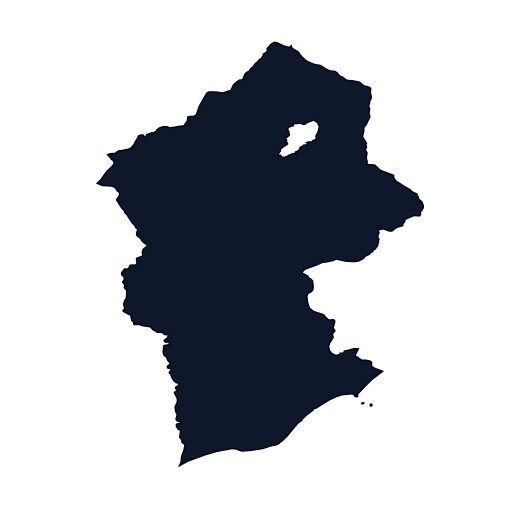 the district of Agam, Sumatera Barat, Indonesia, rotated 274°
{"feature_id": "22746128B89220130199878", "entity_name": "Agam", "entity_type": "district", "adm_level": 2, "iso_a3": "IDN", "parent_name": "Indonesia", "parent_adm1": "Sumatera Barat", "projection": "equal_earth", "projection_center": [100.243, -0.253], "detail": "fine", "context": "isolated", "style": "filled", "palette": "ink", "viewbox_px": 512, "rotation_deg": 274, "n_neighbors": 0, "source": "geoboundaries", "source_scale": "gbopen_adm2", "svg_char_len": 6130}
<svg xmlns="http://www.w3.org/2000/svg" viewBox="0 0 512 512"><g transform="rotate(274 256 256)"><path d="M468.1,276.5L466.9,275.4L466.4,274.0L467.5,268.9L470.3,261.7L470.4,260.5L470.3,259.1L468.1,256.0L463.4,252.5L462.7,253.3L460.2,252.4L458.0,249.4L456.3,249.1L453.0,247.3L452.8,246.3L448.9,243.2L448.0,242.0L443.9,239.5L443.0,238.0L440.1,236.4L437.9,233.3L436.1,232.0L431.4,230.6L430.5,229.4L430.4,227.4L427.4,223.6L424.7,221.4L420.1,219.7L419.2,218.7L416.3,211.4L416.8,204.5L416.4,198.2L416.0,196.9L414.9,195.5L401.5,189.0L392.6,186.7L390.8,183.8L390.6,180.2L389.8,178.3L386.0,178.1L381.8,175.6L380.9,175.5L379.8,169.6L378.5,165.0L378.3,162.5L377.7,162.1L377.7,161.2L378.6,158.6L378.6,156.4L378.5,154.6L377.2,151.0L374.7,148.1L373.4,148.1L372.2,145.7L371.6,145.4L371.6,143.3L369.4,138.5L366.9,137.6L365.9,136.6L367.7,135.9L368.9,134.7L368.0,130.8L357.8,126.0L355.1,123.9L353.9,122.0L351.8,114.9L351.2,111.5L348.5,108.3L348.0,104.4L347.4,102.2L346.6,101.0L344.0,103.8L342.6,104.7L340.9,107.5L338.2,108.1L335.1,106.1L330.1,101.3L321.1,95.8L317.5,92.5L315.6,97.6L315.8,106.6L315.1,109.4L314.0,111.1L311.1,113.3L310.2,114.8L309.2,115.7L306.2,115.3L303.5,113.4L302.1,113.2L294.7,118.6L291.4,121.9L290.0,122.3L288.1,124.5L281.1,129.7L277.7,133.2L275.3,134.7L274.8,136.3L270.2,135.3L268.3,135.6L265.2,139.9L262.9,141.4L260.7,144.4L259.9,146.8L259.5,147.0L257.7,146.1L255.1,143.3L254.1,142.8L251.7,142.3L248.6,143.1L247.9,142.6L245.4,137.2L244.1,137.0L241.0,137.8L239.1,137.2L238.6,136.7L238.1,131.3L236.5,130.3L234.7,129.9L233.9,128.2L233.9,125.9L230.0,123.2L228.0,123.3L226.6,125.3L224.5,126.2L223.0,126.1L220.7,124.8L218.3,127.0L215.0,127.0L213.0,129.2L209.9,129.8L204.7,129.6L202.5,128.2L198.7,127.3L194.8,128.7L193.6,128.3L192.5,127.2L191.4,127.5L191.8,128.8L190.7,129.1L188.2,135.2L183.1,136.6L181.4,138.6L179.7,138.9L179.1,139.6L179.6,144.0L178.6,147.6L178.0,155.6L175.1,158.6L174.8,159.9L173.1,162.7L173.2,167.4L173.0,168.2L171.3,170.2L171.2,174.1L170.6,174.3L167.6,173.1L166.1,170.9L165.4,170.4L164.6,170.5L163.6,172.3L164.0,174.1L163.8,175.2L162.4,175.9L161.2,174.6L160.6,171.6L160.0,170.3L153.5,170.1L150.5,171.3L148.8,173.9L145.9,175.2L143.3,177.7L141.9,177.8L140.1,175.5L139.4,175.2L138.2,175.6L137.8,178.2L137.2,179.2L135.8,179.2L134.4,177.8L133.3,177.7L132.6,178.9L128.9,180.6L125.4,183.2L124.0,185.5L123.7,188.0L123.2,188.3L121.2,187.3L119.5,185.0L118.5,185.0L116.6,187.0L116.0,186.7L114.9,184.8L113.9,184.1L108.5,187.4L106.6,187.7L104.9,187.7L99.8,185.9L95.3,186.7L92.3,188.5L87.8,187.6L86.3,188.6L85.9,189.4L85.6,192.0L84.6,192.6L83.9,192.3L82.9,188.9L82.2,188.4L80.5,188.5L77.8,190.5L76.9,193.1L70.3,192.5L69.4,192.9L67.7,194.6L64.8,195.4L63.2,198.1L62.0,198.3L56.5,197.6L51.3,195.9L44.9,195.6L41.6,194.4L46.8,202.6L53.8,218.2L58.4,230.6L62.3,245.4L62.1,250.4L61.2,252.2L60.5,255.6L61.7,264.0L64.4,275.9L68.5,286.4L68.4,287.8L70.3,291.5L74.6,296.1L78.5,299.5L91.9,309.1L95.3,313.1L96.5,313.3L100.9,317.5L106.7,324.1L108.4,323.9L108.1,325.9L117.8,339.4L121.5,346.1L123.7,351.7L125.2,361.2L124.9,363.4L123.3,364.1L122.6,365.1L122.6,366.4L123.1,367.2L125.3,366.9L132.8,373.1L141.0,380.3L149.8,390.3L152.4,381.8L153.9,379.1L158.2,378.6L159.2,376.8L159.7,372.4L159.3,368.3L160.1,367.8L161.1,365.3L161.9,364.9L162.7,362.5L164.4,362.0L170.5,364.5L170.4,360.2L168.5,355.2L167.6,351.5L167.1,350.7L165.8,350.5L165.0,349.2L165.0,346.8L163.8,346.7L162.7,344.4L162.4,342.5L163.9,338.6L166.8,335.8L170.9,334.6L174.1,335.4L180.4,338.7L183.4,337.5L186.8,339.9L189.9,337.9L196.0,339.2L197.4,338.6L197.9,336.6L197.3,335.1L197.3,332.9L199.2,330.3L202.2,327.4L204.6,317.4L207.6,313.0L212.7,310.8L219.1,309.5L222.5,310.5L224.0,313.3L225.9,314.9L228.9,315.3L235.0,314.2L237.2,311.8L238.0,309.7L239.5,309.2L242.2,303.4L243.4,303.2L246.4,306.0L251.8,318.1L254.3,322.6L255.1,327.0L257.1,333.7L258.6,336.0L257.1,346.3L257.3,354.4L258.2,358.6L260.8,363.0L263.5,365.0L265.8,369.2L266.8,369.2L268.5,372.1L270.1,372.5L271.3,374.4L275.2,376.7L276.8,376.5L278.0,377.3L279.1,376.8L281.3,377.5L283.8,375.9L287.0,376.9L288.3,376.9L289.4,376.0L291.1,377.1L292.0,381.1L290.3,387.0L290.3,389.6L294.5,394.6L296.5,400.2L298.0,400.1L300.5,401.8L303.0,402.2L307.4,410.7L307.5,416.5L309.0,417.2L311.1,417.0L315.7,419.5L318.3,419.2L321.5,417.7L321.7,416.4L322.7,416.4L322.8,415.7L324.1,414.4L327.0,413.2L328.0,411.9L329.1,412.2L330.5,408.1L333.4,404.2L335.0,400.5L340.8,389.9L344.1,387.7L346.0,387.7L350.2,373.9L355.0,368.1L355.0,361.4L355.7,360.0L357.7,360.4L361.4,359.1L366.7,359.5L369.4,357.6L372.5,358.7L374.0,357.7L376.1,358.3L382.3,353.9L388.8,354.8L391.6,354.5L395.0,356.8L402.9,359.9L406.3,358.7L410.4,359.1L413.8,357.8L416.7,358.7L417.6,358.4L421.6,359.9L423.5,359.8L426.2,358.7L431.3,358.6L432.6,356.2L433.0,352.5L433.4,351.6L436.6,347.1L437.6,339.6L437.4,336.6L438.0,333.4L440.1,330.6L441.5,326.8L444.4,324.1L445.6,321.9L445.8,316.9L447.1,313.3L450.5,307.1L451.2,300.6L453.7,293.6L455.1,291.2L458.3,287.4L462.5,283.8L465.5,277.9L466.5,277.0L468.1,276.5ZM391.4,287.8L391.4,292.8L390.6,293.6L391.0,296.0L392.0,296.3L395.9,304.5L394.6,305.8L393.6,308.1L390.4,309.7L390.2,310.3L384.1,309.3L380.0,307.5L376.9,307.9L375.9,306.8L375.6,305.7L374.5,304.1L373.7,304.1L373.2,303.3L373.6,301.7L373.3,301.5L373.4,300.7L372.9,299.2L372.8,299.6L370.4,298.9L369.9,295.8L368.0,294.0L367.8,292.8L366.9,293.0L366.7,292.5L366.3,293.2L366.1,292.4L364.7,292.1L364.4,291.1L363.6,291.4L363.8,290.9L362.5,288.1L361.8,288.0L361.4,289.2L361.0,289.2L361.3,288.4L360.6,287.7L360.9,286.8L360.3,285.6L360.4,285.0L359.6,283.4L358.7,282.7L358.8,281.5L357.1,280.0L357.3,278.9L356.1,278.4L356.5,276.6L355.3,276.2L356.0,274.6L356.6,274.7L356.3,274.1L356.7,273.2L358.0,273.7L358.3,273.2L357.7,270.6L360.5,271.7L362.2,272.8L364.4,273.0L367.6,276.5L368.3,277.8L369.1,278.4L369.6,279.5L370.3,279.6L372.3,278.4L373.9,278.4L375.3,276.9L378.8,280.9L381.8,280.1L382.0,279.6L382.6,279.9L384.0,278.9L384.3,278.2L386.9,279.8L388.7,284.2L390.6,283.9L391.0,287.9L391.4,287.8ZM116.0,380.4L114.4,380.7L114.6,381.8L115.6,382.1L116.2,381.4L116.0,380.4ZM116.8,372.1L116.1,371.8L115.9,372.2L116.4,373.7L117.1,373.7L117.2,373.3L116.8,372.1Z" fill="#0f172a" stroke="#020617" stroke-width="1.5"/></g></svg>